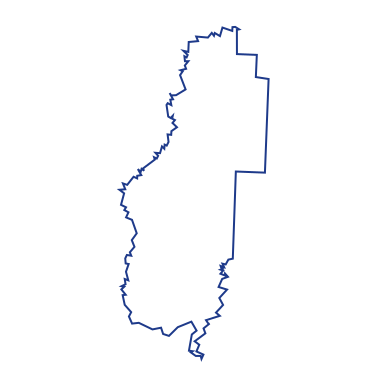 Moira, Victoria, Australia, rotated 272°
{"feature_id": "25037944B99849949120083", "entity_name": "Moira", "entity_type": "district", "adm_level": 2, "iso_a3": "AUS", "parent_name": "Australia", "parent_adm1": "Victoria", "projection": "albers", "projection_center": [145.363, -36.051], "detail": "medium", "context": "isolated", "style": "outline", "palette": "blue", "viewbox_px": 384, "rotation_deg": 272, "n_neighbors": 0, "source": "geoboundaries", "source_scale": "gbopen_adm2", "svg_char_len": 1926}
<svg xmlns="http://www.w3.org/2000/svg" viewBox="0 0 384 384"><g transform="rotate(272 192 192)"><path d="M162.1,133.0L148.8,138.2L141.8,133.5L135.2,136.4L129.6,132.0L126.2,133.5L126.8,129.1L123.3,127.6L118.3,128.2L117.8,131.2L110.0,128.8L101.5,131.4L102.7,127.8L97.5,128.8L95.4,124.9L94.9,127.5L92.2,124.8L87.0,129.3L86.5,126.3L76.9,128.7L69.8,135.4L65.4,133.3L58.4,136.7L59.4,143.4L53.3,157.3L55.3,165.8L49.1,168.1L47.4,174.0L56.4,182.5L62.4,195.9L53.6,201.4L49.6,196.8L33.3,194.5L32.9,198.2L31.7,196.4L28.3,201.5L28.5,206.4L25.5,207.3L29.9,209.1L32.8,202.0L39.6,204.6L42.9,199.9L51.2,210.3L56.1,208.3L61.2,214.2L60.7,213.2L64.4,210.5L69.2,224.1L72.3,220.2L80.2,227.0L87.0,223.0L95.7,230.4L98.0,221.9L106.2,225.2L108.5,230.9L111.6,227.9L109.7,227.9L111.3,223.3L114.6,225.9L115.4,223.2L116.4,225.3L117.5,223.8L119.1,223.2L118.0,226.7L121.4,225.0L120.8,228.2L125.7,230.7L126.8,235.1L214.0,235.1L213.9,264.2L307.6,264.6L309.1,251.8L331.3,252.0L331.4,232.1L355.6,231.2L356.2,233.4L358.5,229.4L358.2,226.7L354.4,226.6L357.4,216.7L348.8,214.5L351.7,209.2L348.9,208.5L351.7,206.2L346.9,202.5L347.5,190.8L343.0,192.8L341.8,183.5L331.9,183.4L332.8,178.5L328.8,182.9L326.3,181.9L327.4,179.7L322.5,180.4L322.6,183.8L318.2,180.4L314.9,181.8L313.3,176.3L312.3,178.5L308.4,176.0L294.3,182.0L288.2,172.7L287.8,167.8L290.1,166.2L284.0,169.8L283.5,167.1L278.1,168.3L279.9,164.6L278.1,163.5L266.6,165.6L265.2,168.1L267.5,170.1L264.6,169.6L263.3,172.4L260.3,170.1L256.2,174.7L252.1,169.3L248.4,169.2L248.7,165.6L241.2,166.8L237.5,165.1L238.4,163.0L234.3,162.8L236.5,160.4L229.7,158.7L229.9,154.1L227.0,156.9L224.2,155.6L225.4,152.9L223.1,153.7L213.8,142.2L211.6,143.3L213.4,140.8L210.3,140.0L213.0,137.1L207.1,140.7L206.3,136.7L203.7,136.7L205.2,133.1L196.9,127.0L198.1,122.7L192.4,125.2L191.7,119.4L188.3,124.2L176.7,121.5L174.4,126.6L171.6,125.0L169.5,129.2L164.3,127.0L162.1,133.0Z" fill="none" stroke="#1e3a8a" stroke-width="2"/></g></svg>